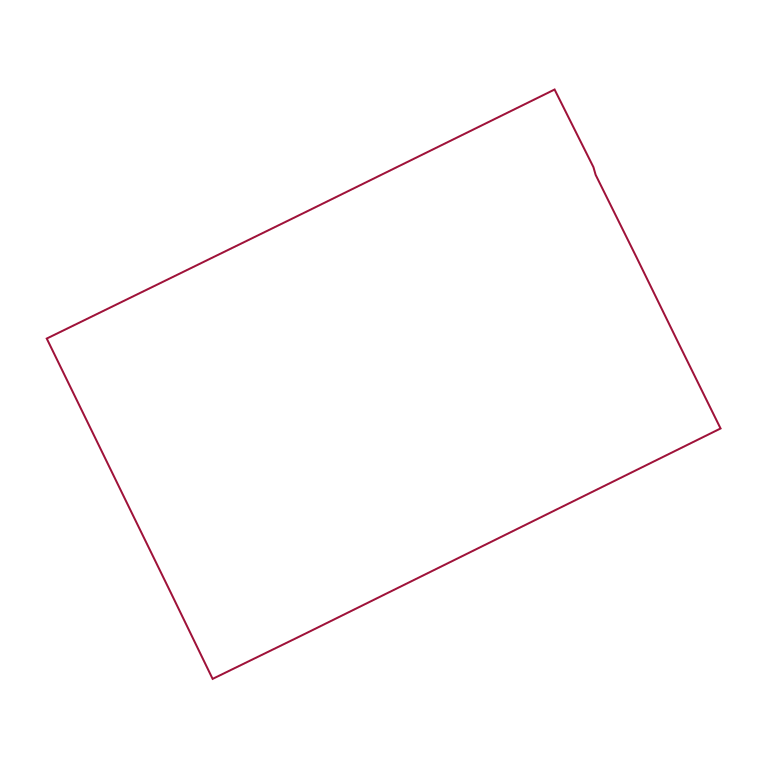 the district of Kingman, Kansas, United States of America, rotated 334°
{"feature_id": "52423323B43216783054971", "entity_name": "Kingman", "entity_type": "district", "adm_level": 2, "iso_a3": "USA", "parent_name": "United States of America", "parent_adm1": "Kansas", "projection": "mercator", "projection_center": [-98.077, 37.559], "detail": "fine", "context": "isolated", "style": "outline", "palette": "rose", "viewbox_px": 768, "rotation_deg": 334, "n_neighbors": 0, "source": "geoboundaries", "source_scale": "gbopen_adm2", "svg_char_len": 322}
<svg xmlns="http://www.w3.org/2000/svg" viewBox="0 0 768 768"><g transform="rotate(334 384 384)"><path d="M667.0,571.5L666.6,476.2L666.5,381.1L665.9,288.8L667.3,280.9L666.4,194.1L383.7,195.1L100.8,195.3L100.8,385.3L100.9,479.7L100.7,573.9L199.8,573.9L667.0,571.5Z" fill="none" stroke="#9f1239" stroke-width="2"/></g></svg>